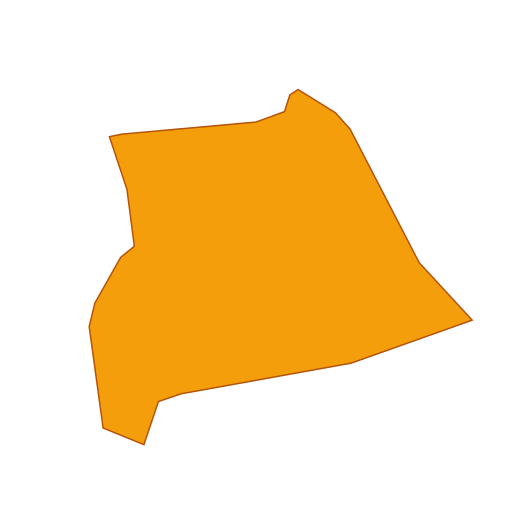 an SVG outline of Rogašovci, rotated 75°
{"feature_id": "SVN-931", "entity_name": "Rogašovci", "entity_type": "Municipality", "adm_level": 1, "iso_a3": "SVN", "parent_name": "Slovenia", "parent_adm1": "", "projection": "equal_earth", "projection_center": [16.013, 46.801], "detail": "fine", "context": "isolated", "style": "filled", "palette": "amber", "viewbox_px": 512, "rotation_deg": 75, "n_neighbors": 0, "source": "natural_earth", "source_scale": "10m", "svg_char_len": 433}
<svg xmlns="http://www.w3.org/2000/svg" viewBox="0 0 512 512"><g transform="rotate(75 256 256)"><path d="M292.9,102.7L304.7,100.1L373.9,63.8L384.1,191.8L369.7,364.0L371.3,387.9L409.2,413.1L382.6,448.2L281.0,435.4L259.9,423.9L222.3,387.1L215.1,371.0L158.2,363.4L102.8,366.7L103.6,353.8L126.6,221.3L123.9,191.1L109.2,181.6L106.1,172.3L138.2,142.2L157.7,132.3L292.9,102.7Z" fill="#f59e0b" stroke="#b45309" stroke-width="1.5"/></g></svg>